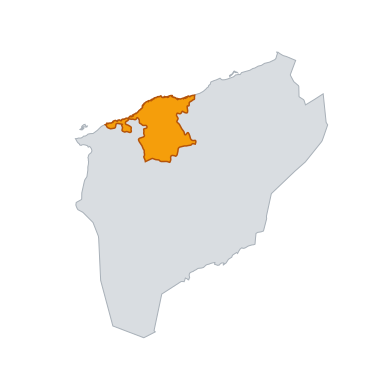 Makkah on a map of Saudi Arabia (Albers equal-area conic projection), rotated 99°
{"feature_id": "SAU-888", "entity_name": "Makkah", "entity_type": "Region", "adm_level": 1, "iso_a3": "SAU", "parent_name": "Saudi Arabia", "parent_adm1": "", "projection": "albers", "projection_center": [40.65, 21.044], "detail": "fine", "context": "in_parent", "style": "filled", "palette": "amber", "viewbox_px": 384, "rotation_deg": 99, "n_neighbors": 0, "source": "natural_earth", "source_scale": "10m", "svg_char_len": 9533}
<svg xmlns="http://www.w3.org/2000/svg" viewBox="0 0 384 384"><g transform="rotate(99 192 192)"><path d="M293.6,268.4L252.5,276.9L250.2,277.6L237.6,285.0L229.2,296.5L227.3,301.9L226.3,302.8L224.6,303.9L223.0,304.7L220.4,304.7L217.3,300.7L216.5,299.9L215.8,299.9L210.2,300.7L198.5,300.0L196.6,299.7L194.0,298.5L193.3,298.2L192.6,298.2L186.6,298.3L183.6,298.8L180.7,298.7L177.7,299.0L176.7,299.5L175.5,299.5L174.8,300.0L174.1,300.2L173.4,299.9L172.4,300.0L171.1,299.6L170.1,298.8L169.3,298.0L168.4,297.6L167.4,297.3L166.6,297.4L165.5,297.9L164.8,298.3L163.2,299.9L163.1,300.4L163.9,301.3L163.7,301.8L162.7,302.3L162.4,303.8L162.3,304.6L162.2,306.5L162.6,308.0L163.2,308.5L163.3,309.1L163.0,310.4L162.1,310.8L161.4,312.1L161.0,312.6L160.3,313.3L157.5,315.5L157.3,314.2L156.4,312.4L156.3,311.1L155.9,309.8L155.1,308.8L153.7,307.7L153.5,306.3L152.5,304.9L151.1,303.8L150.3,301.7L149.7,298.9L146.0,295.2L141.4,291.8L140.0,289.9L137.8,286.0L136.6,283.0L133.6,279.4L133.4,278.0L133.0,276.4L132.3,274.5L131.9,273.0L128.8,266.6L127.9,265.6L127.0,264.2L126.8,263.1L126.5,262.4L124.4,261.4L122.4,258.7L116.5,254.4L113.6,254.0L111.3,252.4L109.6,250.4L107.9,246.9L104.7,243.2L102.1,237.8L103.0,235.9L102.9,234.5L102.1,232.3L101.2,230.5L100.6,228.8L101.2,226.4L101.4,223.7L101.9,222.3L102.3,220.8L101.8,217.6L101.0,215.9L101.1,214.8L100.1,214.2L99.3,213.0L100.1,213.0L98.6,211.3L98.1,210.4L97.5,208.1L96.8,206.3L94.5,202.3L93.4,199.9L90.9,196.7L88.2,194.4L86.5,193.3L85.7,192.3L84.2,192.2L82.7,190.8L81.6,190.8L80.3,190.5L78.7,187.9L77.4,185.4L75.2,182.1L75.8,181.3L76.5,179.9L76.2,178.1L75.9,176.9L74.9,174.7L71.8,169.1L71.0,168.3L69.6,167.3L68.8,164.9L68.5,162.8L66.3,161.7L62.7,153.9L60.5,151.2L59.7,149.3L57.3,146.3L56.1,143.3L53.6,140.5L51.6,135.7L48.3,130.9L46.9,130.0L43.4,129.6L42.0,129.2L40.6,130.2L40.5,128.8L41.5,127.1L43.0,123.3L43.4,120.0L45.8,110.2L60.5,113.2L61.3,113.1L67.1,108.7L70.3,103.5L71.1,103.0L81.0,101.2L81.3,100.9L83.3,96.3L83.6,96.0L83.9,95.7L88.2,93.5L81.4,85.5L74.5,77.8L101.9,70.5L102.4,70.3L104.5,68.5L116.5,70.6L121.1,71.5L122.6,72.2L144.5,84.7L155.3,93.6L181.1,113.3L181.4,113.4L204.3,114.7L206.7,114.1L213.0,114.7L219.3,115.3L220.6,117.6L221.1,119.2L221.6,120.8L222.9,122.3L228.2,122.0L233.7,121.6L234.5,123.0L234.9,124.5L236.5,127.9L238.7,130.5L239.3,131.5L239.7,132.9L239.4,133.5L239.3,134.1L240.9,135.6L243.5,136.7L244.5,137.0L245.6,137.4L244.8,138.4L246.4,140.3L248.2,142.2L250.1,142.5L252.8,145.5L256.7,147.2L259.2,149.7L259.0,149.8L258.3,149.5L257.4,149.2L257.2,149.6L257.3,150.7L257.6,151.9L258.8,153.0L259.9,153.7L260.4,155.2L259.8,158.5L259.5,158.5L258.9,158.3L258.3,158.2L258.0,158.4L258.9,160.8L259.7,162.5L260.6,163.9L261.4,165.9L262.1,166.8L264.7,168.8L265.6,170.7L266.5,174.1L268.2,175.9L269.1,177.3L270.3,178.5L271.2,180.2L272.3,181.4L272.8,181.7L273.7,181.8L274.7,181.8L275.9,181.3L277.1,180.9L278.2,181.5L279.2,181.4L279.4,182.0L278.7,182.9L278.0,185.1L279.3,185.3L280.4,185.4L281.3,185.7L281.8,185.7L281.8,186.1L282.0,188.2L282.3,188.9L297.5,205.9L334.8,207.8L335.0,207.7L335.9,206.4L343.5,216.8L336.7,249.2L293.6,268.4ZM145.2,310.2L146.3,310.3L145.8,309.8L145.7,309.6L146.2,308.8L147.9,310.3L147.9,312.1L147.8,312.5L147.3,312.1L147.0,311.7L146.9,311.3L146.4,310.9L144.8,311.2L143.8,310.7L142.3,309.3L141.9,308.2L142.5,308.0L143.2,307.5L143.6,306.6L143.2,305.7L144.1,305.9L144.5,306.8L144.6,308.8L144.8,309.2L144.5,309.7L145.2,310.2ZM71.4,173.2L71.1,173.2L70.1,172.1L69.5,171.3L68.9,170.7L66.2,169.6L65.9,168.9L66.3,168.2L66.6,168.9L67.1,169.3L69.3,170.4L71.8,172.5L72.2,172.7L71.4,173.2ZM67.2,167.9L67.1,168.1L66.5,167.5L66.6,166.3L67.1,165.6L67.0,166.6L67.2,167.5L67.2,167.9Z" fill="#d9dde1" stroke="#a8b0b8" stroke-width="1"/><path d="M139.1,288.2L138.8,287.8L138.7,287.5L138.5,287.3L138.6,287.1L138.0,287.0L138.2,286.8L137.9,286.5L137.6,286.5L137.7,286.2L137.7,285.8L137.7,285.7L137.2,285.7L137.2,285.2L136.9,284.5L136.7,283.6L136.7,282.8L136.6,282.6L136.4,282.5L136.3,282.1L135.7,281.6L135.5,281.1L135.1,280.8L134.8,281.1L134.3,280.8L133.7,279.7L133.3,279.1L133.3,278.6L133.9,277.0L133.7,276.7L133.3,276.5L132.7,276.4L132.5,275.8L132.2,275.3L132.2,275.0L132.5,274.3L132.6,273.7L132.8,273.3L132.6,273.0L132.4,272.9L131.4,272.6L131.2,272.4L130.7,271.5L130.9,270.9L130.7,270.2L130.4,270.0L130.3,269.6L130.1,269.4L129.5,268.9L129.5,268.5L129.3,268.3L129.2,267.7L129.5,267.2L129.4,267.0L129.5,266.9L129.3,266.4L127.7,265.7L126.9,265.0L126.6,264.8L126.6,264.7L127.1,264.9L127.2,264.2L127.1,263.4L127.0,263.1L126.3,262.1L126.0,261.9L125.0,261.8L124.9,262.0L125.0,262.4L124.8,262.2L124.6,261.9L124.5,261.4L124.3,261.3L123.7,260.4L123.1,260.0L123.3,259.5L123.2,259.2L121.9,258.4L121.8,258.2L121.5,258.1L121.1,257.6L120.3,257.3L120.0,257.2L119.3,256.6L118.8,256.0L118.8,255.8L118.6,255.6L117.8,255.4L117.2,254.8L117.2,254.7L116.6,254.2L116.3,254.1L116.0,254.1L115.3,254.2L115.2,254.4L113.9,253.7L114.0,254.0L114.5,254.4L114.4,254.5L114.2,254.4L112.5,253.3L111.8,253.0L111.6,252.5L110.1,251.3L109.3,249.8L109.0,249.6L109.4,249.3L109.0,249.1L108.6,248.8L108.4,248.0L107.9,247.4L107.8,247.1L108.1,246.8L107.4,246.6L107.5,246.8L107.4,246.8L107.1,246.6L106.9,246.4L107.0,246.1L106.8,245.9L106.9,245.7L107.0,245.9L107.4,246.0L107.2,245.5L106.8,245.2L106.7,245.2L106.7,245.5L105.9,244.9L105.6,244.5L105.7,244.2L105.9,244.4L105.9,244.1L105.5,243.8L105.0,243.9L104.5,243.0L104.5,242.4L104.4,242.2L104.2,242.1L104.2,241.7L103.3,241.0L103.0,240.1L103.2,239.7L102.6,238.6L102.4,238.5L101.9,237.8L103.1,236.7L103.2,236.4L103.3,235.9L103.2,235.4L102.9,235.2L103.1,234.9L103.1,234.7L102.9,234.2L102.7,234.5L102.2,234.1L102.4,234.0L102.1,233.6L102.1,232.2L101.9,231.8L101.9,231.6L102.3,231.4L102.4,230.9L102.3,230.7L102.1,231.2L101.8,231.3L101.7,230.9L101.4,230.6L101.3,230.1L101.1,230.0L100.5,229.1L100.1,228.2L99.8,226.8L99.9,226.5L100.2,226.4L100.6,226.9L100.9,226.9L101.0,226.1L101.3,225.8L101.5,224.9L101.5,224.6L101.4,224.6L101.2,225.1L101.1,224.9L101.3,224.3L101.3,223.7L101.5,223.2L101.9,222.7L102.1,222.0L102.5,221.6L102.7,221.1L103.0,220.8L103.0,220.6L102.8,220.3L102.6,220.4L102.3,221.1L101.9,221.2L101.9,220.7L102.1,220.1L102.0,219.2L102.1,218.3L102.0,217.9L101.5,217.1L100.7,215.5L100.8,215.3L101.2,215.0L101.1,214.9L100.2,213.8L100.5,214.4L100.6,215.1L99.9,214.1L99.6,213.6L98.8,212.3L98.8,212.1L99.3,212.3L99.7,213.3L100.1,213.5L100.3,213.5L100.5,213.2L100.1,212.6L99.7,212.3L99.5,211.7L98.6,211.4L98.3,211.4L98.1,211.2L97.8,210.5L98.0,210.3L98.2,209.9L98.1,208.8L97.9,208.7L97.8,209.0L97.1,207.7L96.9,207.4L96.4,206.3L96.3,205.6L96.0,204.8L95.9,204.5L98.2,204.4L99.6,204.1L100.0,204.2L100.3,204.5L100.9,205.5L102.2,206.7L103.3,208.1L103.7,208.4L104.0,208.6L104.5,208.7L106.6,208.4L107.0,208.4L107.3,208.5L107.5,208.8L107.6,209.8L107.7,210.0L108.1,210.2L109.2,210.0L112.3,209.0L113.6,208.9L114.2,209.0L114.5,209.2L114.7,209.5L114.8,210.1L114.8,210.5L114.7,211.6L113.9,213.5L113.8,213.8L113.8,214.1L114.0,214.4L115.7,215.0L116.2,215.5L116.5,215.8L116.6,216.1L116.7,216.8L116.4,218.4L116.5,218.7L116.6,219.0L117.0,219.2L117.9,219.3L118.6,219.3L119.0,219.2L119.3,219.0L120.8,217.7L121.4,217.3L121.9,217.3L122.2,217.3L124.4,218.0L124.8,218.0L125.1,217.8L125.5,217.4L126.6,215.8L127.1,215.1L131.3,211.9L133.3,209.8L134.1,209.2L136.1,208.4L136.4,208.1L136.6,207.6L136.5,207.3L136.2,207.0L134.3,205.9L134.1,205.7L134.0,205.3L134.1,204.9L134.6,204.5L135.2,204.0L137.1,202.9L139.6,201.8L140.3,201.1L140.7,200.6L141.0,199.7L141.0,198.7L140.6,197.4L140.5,197.0L140.6,196.7L140.8,196.4L141.4,196.1L142.3,196.0L144.2,196.3L144.1,197.8L144.1,198.8L144.2,199.1L144.5,199.4L145.4,200.0L145.7,200.3L146.0,200.8L146.8,203.3L147.3,204.5L147.7,206.7L149.6,211.2L150.0,211.6L150.3,211.9L150.9,212.2L151.7,212.4L154.0,212.3L157.2,212.5L158.2,212.8L158.9,213.3L159.1,213.6L159.2,213.9L158.9,214.9L158.9,216.9L159.0,217.3L159.3,217.9L159.6,218.2L160.0,218.4L160.9,218.6L163.0,218.1L163.6,218.0L165.7,218.4L166.0,218.5L166.2,218.8L165.8,221.2L165.8,221.8L166.7,227.1L166.7,227.4L166.6,227.7L166.4,228.4L165.6,229.6L165.5,229.9L165.7,232.8L165.6,233.5L165.1,235.8L165.1,236.5L165.4,237.1L169.3,242.8L167.7,243.4L165.5,244.8L165.0,245.0L164.5,245.1L163.6,244.7L162.8,244.7L161.7,244.9L160.5,245.4L159.3,245.5L158.8,245.6L158.4,245.8L158.0,246.0L157.1,246.9L154.2,248.6L150.5,252.0L149.2,252.8L148.7,253.0L148.3,253.0L148.0,252.9L147.4,252.5L147.1,252.2L145.3,248.7L144.5,247.9L143.8,247.8L143.5,247.9L142.1,248.7L141.5,248.9L139.4,249.0L137.9,249.5L137.6,249.5L137.1,249.3L137.0,249.0L136.3,247.4L136.1,247.1L135.8,246.8L135.3,246.6L134.6,246.6L134.0,247.0L133.5,247.6L133.5,247.9L133.5,248.5L133.8,250.1L133.9,250.8L133.8,251.2L132.7,253.1L132.2,254.4L131.8,254.7L131.5,254.9L129.7,255.2L128.8,255.5L127.4,257.0L127.2,257.3L127.1,257.6L127.2,257.9L127.5,258.1L127.8,258.3L128.9,258.6L129.2,259.0L129.4,259.3L129.5,260.0L129.3,261.9L129.7,263.3L129.6,264.9L129.8,265.5L130.2,265.9L131.4,266.5L131.7,266.8L132.7,268.1L133.3,268.5L133.7,268.6L134.4,268.5L135.0,268.3L135.3,268.1L135.6,267.5L135.9,265.8L136.9,263.2L137.3,262.5L137.6,262.2L138.2,262.0L139.5,262.0L140.1,261.9L141.1,261.5L141.8,261.4L142.0,261.5L142.4,261.7L142.8,262.3L142.9,262.6L142.9,263.2L142.5,265.3L142.5,265.7L142.6,266.4L143.2,267.5L143.3,267.9L143.3,268.2L142.7,270.2L142.5,270.4L142.0,270.8L141.5,270.8L139.9,270.7L139.2,270.7L138.2,271.2L137.2,271.9L136.9,271.9L136.1,271.5L136.0,271.9L135.9,275.6L136.0,276.6L136.3,277.2L136.6,277.5L137.2,277.7L139.5,277.7L140.1,277.8L140.7,278.1L141.1,278.7L142.3,282.2L142.2,283.1L141.7,285.1L141.4,285.7L141.0,286.2L139.8,287.0L139.4,287.5L139.1,288.2Z" fill="#f59e0b" stroke="#b45309" stroke-width="1.5"/></g></svg>